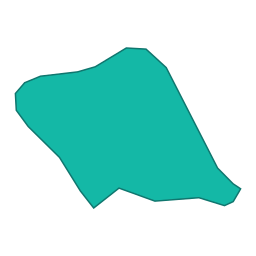 the border of Wirral
{"feature_id": "GBR-2108", "entity_name": "Wirral", "entity_type": "Metropolitan Borough", "adm_level": 1, "iso_a3": "GBR", "parent_name": "United Kingdom", "parent_adm1": "", "projection": "equal_earth", "projection_center": [-3.057, 53.361], "detail": "fine", "context": "isolated", "style": "filled", "palette": "teal", "viewbox_px": 256, "rotation_deg": 0, "n_neighbors": 0, "source": "natural_earth", "source_scale": "10m", "svg_char_len": 389}
<svg xmlns="http://www.w3.org/2000/svg" viewBox="0 0 256 256"><path d="M93.7,208.0L80.4,191.0L59.5,157.4L28.2,126.5L16.3,110.3L15.4,93.5L24.7,82.7L40.5,76.2L77.5,71.9L95.2,66.8L126.3,48.0L146.0,49.1L166.2,67.6L217.6,168.1L233.1,183.8L240.6,188.8L239.0,191.7L233.2,201.6L224.5,205.6L198.9,197.7L154.9,201.1L119.0,188.1L93.7,208.0Z" fill="#14b8a6" stroke="#0f766e" stroke-width="1.5"/></svg>